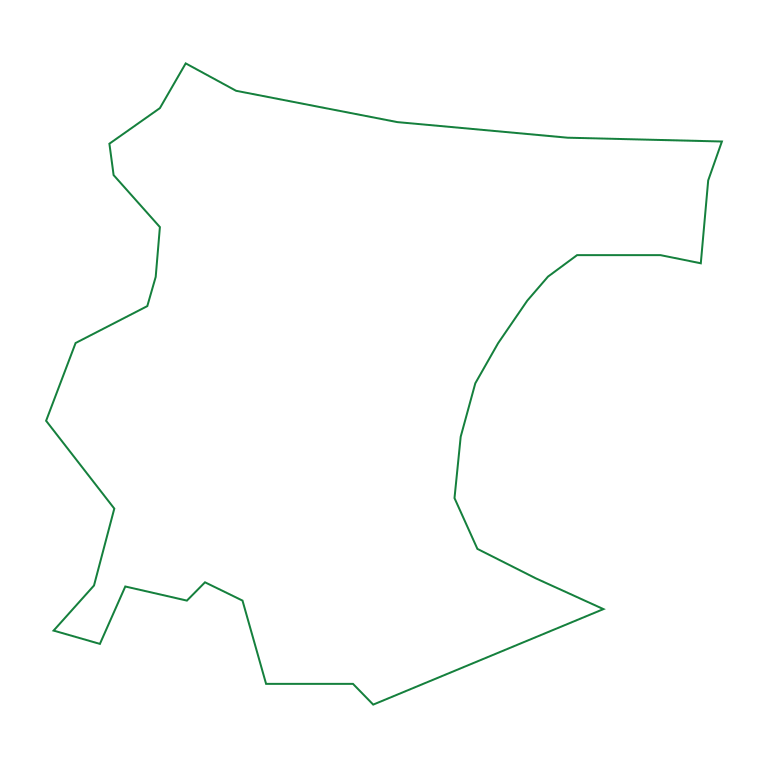 an SVG outline of Stockton-on-Tees
{"feature_id": "GBR-2033", "entity_name": "Stockton-on-Tees", "entity_type": "Unitary Authority", "adm_level": 1, "iso_a3": "GBR", "parent_name": "United Kingdom", "parent_adm1": "", "projection": "natural_earth1", "projection_center": [-1.341, 54.544], "detail": "fine", "context": "isolated", "style": "outline", "palette": "green", "viewbox_px": 768, "rotation_deg": 0, "n_neighbors": 0, "source": "natural_earth", "source_scale": "10m", "svg_char_len": 599}
<svg xmlns="http://www.w3.org/2000/svg" viewBox="0 0 768 768"><path d="M53.6,630.6L94.0,585.5L114.3,508.6L46.1,420.8L75.6,343.0L147.3,306.1L155.7,276.9L159.9,227.1L113.6,175.1L112.6,167.5L109.4,143.7L159.9,108.1L185.7,63.4L236.1,90.8L397.3,122.1L567.6,137.7L721.9,141.5L708.2,180.4L700.8,263.3L660.3,255.1L610.3,255.1L577.1,255.1L548.0,276.6L527.3,300.6L498.1,343.2L475.3,383.3L460.7,436.7L454.5,498.1L477.4,548.9L535.7,578.3L603.4,609.1L373.2,704.6L353.0,683.9L266.1,683.9L242.5,600.6L205.0,582.3L186.9,600.6L125.3,586.5L99.9,643.9L53.6,630.6Z" fill="none" stroke="#15803d" stroke-width="2"/></svg>